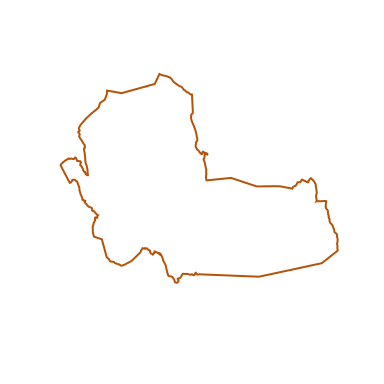 Manto, Olancho, Honduras, rotated 326°
{"feature_id": "27666195B56288500543759", "entity_name": "Manto", "entity_type": "district", "adm_level": 2, "iso_a3": "HND", "parent_name": "Honduras", "parent_adm1": "Olancho", "projection": "equal_earth", "projection_center": [-86.423, 14.876], "detail": "fine", "context": "isolated", "style": "outline", "palette": "amber", "viewbox_px": 384, "rotation_deg": 326, "n_neighbors": 0, "source": "geoboundaries", "source_scale": "gbopen_adm2", "svg_char_len": 5930}
<svg xmlns="http://www.w3.org/2000/svg" viewBox="0 0 384 384"><g transform="rotate(326 192 192)"><path d="M279.9,322.1L280.5,321.2L281.0,320.0L282.5,317.9L283.3,316.0L284.8,314.6L286.2,312.9L286.9,311.1L287.2,310.2L288.5,308.1L288.5,307.5L287.9,305.9L287.8,304.8L288.8,302.5L289.8,298.1L289.8,297.2L289.4,295.2L289.4,294.4L289.6,293.7L290.0,292.6L290.8,291.5L291.1,289.4L291.4,289.0L292.0,288.5L292.4,286.5L292.9,285.9L293.3,284.8L294.2,283.6L294.2,283.1L294.1,281.9L294.0,280.2L294.2,279.6L296.3,276.7L297.1,275.8L297.8,275.4L298.1,275.0L298.1,274.7L297.9,274.3L297.2,273.8L294.3,272.1L293.3,271.5L291.9,270.4L289.9,269.4L290.2,269.3L291.0,268.1L292.1,265.5L292.4,265.0L293.1,264.1L294.2,263.2L295.2,262.1L296.5,259.6L297.5,257.1L298.8,254.7L299.0,253.4L299.1,251.6L298.9,249.9L298.3,247.1L296.9,247.1L295.3,247.9L294.4,248.1L294.3,248.3L294.2,248.7L294.0,248.8L293.7,248.8L293.3,248.6L292.6,247.9L292.2,246.5L291.0,245.0L290.4,243.5L289.8,243.2L288.9,243.9L287.0,244.4L285.6,243.3L285.2,243.1L284.9,243.1L283.0,244.1L281.9,244.6L281.3,244.7L279.9,244.4L278.4,244.4L278.0,244.6L277.0,245.3L268.2,236.5L263.6,233.3L248.8,223.6L232.2,202.1L210.5,190.5L211.1,189.1L211.7,187.7L212.8,186.3L214.2,184.8L214.8,183.5L216.4,181.5L216.6,180.5L217.1,179.5L219.4,173.6L219.6,172.1L220.0,171.2L220.9,170.9L221.8,170.2L222.2,169.7L223.0,168.5L223.4,168.2L223.9,167.3L224.2,167.5L224.6,168.5L225.1,169.1L225.6,169.5L226.0,169.2L226.1,168.9L225.9,168.3L225.3,167.6L224.7,166.9L224.1,165.7L223.9,165.1L223.6,164.7L223.4,164.7L223.1,164.8L222.1,165.8L221.7,166.1L221.3,166.1L221.0,165.7L220.9,165.1L220.7,164.0L220.4,163.4L220.6,162.8L220.6,161.5L220.0,159.4L220.3,158.0L220.3,156.7L220.9,155.7L222.4,154.1L223.2,153.1L224.0,152.7L225.1,152.4L226.2,150.8L227.0,148.5L228.0,146.5L229.3,142.8L230.6,137.7L231.0,135.2L231.7,132.2L232.4,130.6L233.1,129.4L233.8,128.4L234.6,127.6L235.3,127.3L236.5,127.1L237.1,126.7L246.5,111.2L246.3,110.9L245.6,110.6L245.3,110.1L245.1,109.7L244.7,107.8L244.0,106.7L243.6,106.5L243.4,106.1L242.9,103.6L242.6,103.1L242.4,102.4L242.3,100.3L242.1,99.0L241.7,98.2L241.0,97.4L240.5,96.5L238.4,90.8L238.2,89.1L238.3,87.0L237.7,84.6L237.3,84.0L234.8,80.6L233.4,79.5L233.0,79.0L231.9,77.5L231.0,76.0L221.5,81.6L188.9,70.7L178.3,60.4L176.0,63.4L171.3,66.7L165.6,66.8L161.5,69.9L152.3,70.7L145.4,71.8L137.0,74.1L135.5,74.9L134.1,75.6L133.8,76.0L133.5,76.6L133.3,78.1L133.2,78.3L132.8,78.5L131.6,78.4L131.3,78.6L131.1,79.1L131.3,80.7L131.2,81.1L130.9,81.7L129.7,82.6L129.4,83.2L129.3,86.2L129.4,87.9L129.2,89.4L129.2,90.3L129.1,91.0L129.3,92.8L129.2,93.2L128.6,94.1L128.4,94.8L128.1,95.3L127.7,95.5L126.7,95.6L126.1,96.7L125.2,98.6L125.0,99.2L124.7,99.8L124.3,100.8L123.8,101.5L123.0,103.2L122.1,104.9L121.2,106.1L120.5,107.7L120.1,108.2L119.3,111.5L118.0,114.7L116.9,116.7L116.0,117.8L115.8,118.7L115.4,119.2L115.3,119.6L115.1,119.9L114.8,119.7L113.9,118.2L113.8,117.9L113.8,117.6L114.2,116.5L114.5,115.7L114.3,115.4L113.9,115.0L113.9,114.8L114.0,114.0L114.0,112.8L114.6,111.3L114.6,110.1L114.8,109.0L114.4,107.4L114.7,106.8L115.3,106.2L115.9,105.8L116.3,105.7L116.5,105.5L116.5,105.3L116.4,103.8L115.6,103.4L115.1,102.7L114.5,102.4L114.2,102.1L114.3,101.5L114.6,100.4L114.8,98.6L114.7,98.4L114.1,98.0L113.6,98.5L113.4,98.6L113.0,98.6L111.9,98.3L110.6,96.7L109.8,96.5L109.2,96.1L108.8,95.4L107.5,95.4L106.5,95.0L105.6,95.2L104.3,95.0L103.1,95.2L101.6,95.2L100.8,95.5L98.7,95.8L98.4,96.0L98.1,96.7L97.8,97.6L95.8,116.0L96.1,116.2L96.7,116.2L97.4,116.2L98.3,115.9L99.8,115.1L100.0,115.2L101.2,115.9L101.5,116.3L101.9,117.0L102.1,118.4L102.6,119.1L102.2,120.7L101.1,124.9L100.4,126.6L99.8,127.3L99.4,128.4L99.0,130.0L98.4,131.4L98.3,132.7L97.6,135.7L96.9,137.0L97.2,137.3L97.2,138.0L97.7,138.2L97.7,139.1L98.0,139.2L98.5,139.6L98.1,140.1L97.4,140.4L97.3,140.6L97.3,141.2L97.6,142.5L97.8,143.1L97.6,143.9L97.6,144.7L97.7,145.0L97.9,145.3L98.1,145.7L98.5,147.2L99.5,148.2L99.7,148.4L99.9,148.8L99.9,149.3L99.8,149.7L99.0,150.9L99.0,152.0L99.5,152.2L99.9,152.5L100.0,154.0L100.3,155.0L100.3,156.4L100.8,158.1L101.1,158.6L100.4,158.7L100.0,159.3L99.6,159.5L99.3,160.2L99.1,160.4L98.6,160.2L97.7,159.1L97.4,159.0L96.4,160.0L96.3,160.5L95.9,161.2L94.9,161.9L93.4,162.5L92.9,163.0L92.4,163.6L92.0,163.8L91.1,164.7L90.4,165.1L89.3,166.6L88.8,167.6L87.7,169.2L86.7,171.3L85.8,174.2L90.8,180.8L84.9,198.2L85.2,199.9L85.4,200.5L85.5,201.3L85.5,201.8L85.3,203.4L85.5,204.0L86.4,204.6L88.1,206.4L88.2,206.8L88.4,207.8L88.6,208.3L89.5,209.2L90.4,210.6L91.3,211.6L91.5,211.9L91.5,212.3L91.7,213.0L92.3,213.6L93.2,213.9L93.7,214.3L103.5,215.4L111.9,213.8L115.2,213.3L115.7,213.0L117.2,211.9L118.6,211.5L118.9,211.3L119.4,211.2L119.6,211.0L120.4,211.9L121.3,212.0L121.3,212.7L121.3,212.8L122.4,213.1L123.1,213.4L123.2,213.8L123.1,214.8L123.9,216.1L124.3,217.1L124.2,217.5L123.7,218.6L123.5,220.0L124.5,221.1L124.5,221.3L124.4,221.7L124.4,221.9L124.8,222.0L125.9,221.4L126.6,221.6L126.8,221.4L126.9,221.0L127.5,220.8L127.5,220.7L127.7,220.4L127.8,220.5L127.8,220.8L127.9,221.1L128.0,221.2L128.3,221.1L128.8,221.7L129.7,223.7L130.0,224.6L130.2,223.9L130.3,223.9L130.9,224.6L131.3,225.6L131.1,227.0L131.0,228.7L130.9,229.4L130.0,232.2L129.8,233.2L129.6,233.5L129.6,235.3L129.2,237.9L128.5,239.8L126.9,243.7L125.6,247.8L125.6,248.3L126.0,249.0L126.7,249.7L127.8,250.6L128.0,251.0L128.2,252.4L128.2,254.6L128.1,255.2L127.6,256.7L127.5,257.3L127.6,257.6L127.9,257.9L128.4,258.5L128.9,258.9L129.7,258.9L130.1,258.7L130.5,258.4L131.1,258.3L131.2,258.1L131.4,257.2L131.5,256.1L131.7,255.9L132.1,255.9L133.2,256.4L134.0,256.5L134.6,256.4L135.7,256.1L137.5,255.0L138.7,254.7L139.5,255.2L140.5,256.3L141.7,256.8L142.9,257.9L143.3,258.4L143.9,259.3L144.2,259.6L144.5,259.8L145.2,259.9L145.8,260.1L146.3,261.0L146.6,261.6L146.8,261.8L147.4,262.1L148.0,262.1L149.2,261.2L149.7,261.1L150.0,261.1L150.0,261.3L150.1,262.8L150.3,263.4L150.7,263.8L152.5,264.5L153.1,265.1L200.2,299.7L259.8,323.6L279.9,322.1Z" fill="none" stroke="#b45309" stroke-width="2"/></g></svg>